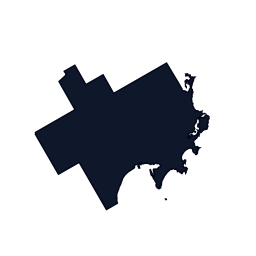 outline of Streaky Bay, South Australia, Australia, rotated 240°
{"feature_id": "25037944B67387382130548", "entity_name": "Streaky Bay", "entity_type": "district", "adm_level": 2, "iso_a3": "AUS", "parent_name": "Australia", "parent_adm1": "South Australia", "projection": "albers", "projection_center": [134.306, -32.738], "detail": "fine", "context": "isolated", "style": "filled", "palette": "ink", "viewbox_px": 256, "rotation_deg": 240, "n_neighbors": 0, "source": "geoboundaries", "source_scale": "gbopen_adm2", "svg_char_len": 5796}
<svg xmlns="http://www.w3.org/2000/svg" viewBox="0 0 256 256"><g transform="rotate(240 128 128)"><path d="M68.2,81.2L70.5,81.8L73.6,83.7L74.2,83.6L77.1,85.9L80.4,90.0L81.4,90.7L82.5,92.8L87.1,98.2L88.8,101.5L89.9,105.7L90.3,113.1L90.7,114.0L91.9,114.5L92.4,115.4L92.4,116.0L92.0,117.4L91.1,118.3L91.0,119.6L91.6,119.4L91.8,120.1L91.4,121.6L90.7,121.7L90.5,122.7L89.8,122.7L89.4,123.2L89.3,124.1L88.7,125.6L87.3,127.8L85.0,129.5L85.0,131.1L83.7,131.9L83.6,132.2L83.9,133.6L83.8,134.7L83.3,135.3L82.5,135.3L82.4,136.4L81.1,137.2L79.4,137.5L78.9,137.3L78.4,136.5L78.5,134.6L77.9,133.4L78.0,132.4L79.0,130.8L78.8,130.3L79.5,129.7L79.4,129.3L79.2,129.2L79.2,129.7L78.5,129.7L77.9,129.1L77.9,128.8L78.4,129.2L77.9,128.5L77.0,128.7L76.2,128.2L76.1,128.5L75.7,128.3L76.1,128.1L74.5,127.7L73.1,126.3L72.8,125.6L73.7,126.0L74.9,125.7L75.4,125.9L75.1,126.1L76.2,126.3L77.1,126.1L76.2,126.0L77.3,125.5L77.2,125.9L77.4,126.0L81.4,126.7L80.4,126.3L80.0,125.8L77.0,125.3L76.8,124.9L75.8,124.6L73.5,125.2L71.5,124.8L68.5,125.3L68.3,124.9L66.5,125.1L65.6,124.8L65.0,124.0L64.1,123.6L62.9,123.2L62.2,123.8L61.5,123.6L61.5,123.9L60.6,124.2L60.8,124.3L60.4,124.5L60.6,124.9L60.0,125.3L60.4,125.7L60.2,126.1L60.8,126.0L60.6,126.6L61.4,126.8L61.3,127.3L61.8,127.7L61.8,128.2L63.0,128.7L62.9,129.0L64.3,129.9L65.2,130.9L68.3,135.6L70.2,140.2L70.3,141.5L70.9,143.3L70.9,144.6L70.7,145.1L70.3,145.2L70.2,146.9L70.0,147.3L69.1,147.7L67.9,149.3L66.0,149.5L65.5,149.1L65.2,149.4L65.5,150.5L65.0,151.0L64.5,151.1L64.0,150.8L61.6,151.9L61.7,152.3L62.3,152.5L62.7,153.8L62.6,154.4L62.3,154.6L62.2,155.5L61.5,156.1L60.2,155.5L60.6,156.3L61.8,156.7L61.9,157.3L63.0,157.6L63.0,158.0L62.6,158.3L63.0,158.9L63.4,158.6L64.4,158.8L64.7,158.2L65.2,158.0L65.2,157.5L66.5,156.5L68.2,156.9L69.6,158.8L69.7,159.5L68.9,159.8L69.9,160.2L69.9,160.5L70.3,160.4L70.5,161.3L71.3,161.8L71.9,161.2L71.8,160.8L71.4,160.9L71.1,160.5L71.5,159.3L72.0,158.9L73.5,158.5L76.3,159.6L77.9,161.4L79.6,164.9L80.1,167.1L80.1,170.1L79.6,171.9L78.0,173.5L74.9,172.5L74.1,172.9L73.7,172.8L72.8,173.5L71.2,173.5L70.9,173.9L71.0,174.2L71.6,174.6L71.4,174.9L71.9,175.0L71.8,175.3L72.3,175.2L72.1,175.7L72.6,175.9L72.6,176.2L73.0,176.3L73.2,176.7L73.6,176.7L74.0,177.7L74.4,177.5L74.6,177.7L74.7,178.6L75.2,179.2L75.0,179.4L75.0,180.1L75.7,179.2L75.6,178.7L76.0,178.6L76.7,179.0L77.3,178.7L77.5,178.2L77.1,177.7L78.3,176.7L79.8,176.8L80.7,177.4L82.1,177.6L82.6,177.4L83.7,178.1L84.5,179.3L84.5,180.5L84.9,180.7L85.2,181.3L84.8,182.1L85.1,182.5L85.1,183.0L85.7,183.4L86.1,184.0L86.0,184.7L86.3,184.8L85.9,185.3L86.4,185.3L86.3,185.7L86.8,185.8L86.7,186.4L87.5,186.4L87.9,187.1L88.0,188.6L87.6,189.1L88.3,191.0L88.6,193.7L88.2,194.1L88.4,194.4L88.2,194.9L87.8,195.1L87.7,196.0L88.5,196.6L89.3,197.8L90.1,197.7L90.2,198.1L90.6,197.9L91.5,198.5L92.0,199.4L92.5,199.9L92.9,199.8L92.9,200.2L95.5,201.6L95.7,201.9L95.4,202.4L95.5,202.8L96.6,203.0L97.1,203.7L98.1,203.5L100.2,202.2L99.8,200.5L99.4,200.1L99.3,199.2L99.7,198.1L99.4,197.6L100.4,196.8L100.1,196.8L99.4,197.4L99.5,197.1L101.2,195.7L101.2,195.3L100.2,193.8L99.7,194.0L98.4,193.5L96.8,192.6L96.4,191.9L95.5,191.5L96.2,190.4L95.6,190.1L95.8,190.4L95.5,190.4L94.9,189.3L93.9,189.5L92.1,190.4L90.3,188.6L90.4,187.9L91.0,187.4L90.4,187.5L88.5,185.4L88.1,184.6L87.8,182.9L88.0,180.8L88.8,180.3L89.5,180.4L89.6,180.0L90.4,179.7L90.7,179.2L89.9,179.0L89.3,177.9L90.2,176.9L89.4,176.5L88.7,176.9L88.2,176.2L88.8,175.5L89.5,175.4L89.8,175.0L90.5,175.0L91.0,175.6L91.1,176.7L90.6,177.1L90.6,177.4L91.6,177.2L92.3,177.5L93.1,179.0L93.1,179.8L92.3,180.1L91.8,180.8L92.3,182.7L92.2,183.4L93.1,184.1L94.2,185.5L96.5,185.8L97.8,187.1L98.6,189.4L99.7,190.7L101.2,191.5L102.6,199.8L104.9,199.4L105.4,200.1L105.4,199.6L105.8,199.4L105.5,198.7L105.8,198.2L107.1,197.3L107.9,197.1L109.1,195.4L111.7,194.8L113.5,195.1L113.9,194.7L116.2,195.8L116.8,196.4L117.8,196.1L120.1,196.8L120.3,197.2L120.7,197.1L121.6,197.5L122.6,198.5L122.7,198.9L124.3,199.8L124.9,199.7L125.4,200.1L125.4,200.7L125.7,200.5L125.8,200.8L126.4,200.7L126.9,201.2L126.7,201.7L127.1,201.7L127.2,202.2L127.8,202.0L127.8,202.3L129.1,202.6L129.3,202.9L130.1,202.5L130.8,202.5L131.3,203.1L131.9,203.2L132.8,204.5L133.9,204.4L133.9,204.9L134.3,205.0L134.0,205.7L134.9,206.1L135.2,206.7L135.7,206.7L135.7,207.2L136.0,207.2L135.9,207.5L136.2,207.5L137.0,208.4L136.8,208.7L137.6,209.3L138.4,210.4L138.6,211.3L139.2,210.4L139.2,209.4L140.0,209.2L140.3,208.6L140.0,208.2L140.2,207.9L141.6,207.7L142.7,208.3L143.1,207.9L143.2,207.3L143.0,207.0L141.7,207.1L141.6,206.9L141.9,206.8L141.7,206.7L140.2,207.4L139.3,206.9L138.7,206.2L138.8,205.5L137.7,203.4L138.4,203.0L139.4,203.7L140.6,203.0L141.0,203.1L140.4,202.8L140.1,202.3L140.1,201.1L139.6,200.7L139.2,202.1L137.8,203.1L136.3,202.1L135.3,203.4L134.2,203.3L131.2,202.1L130.8,201.5L131.0,200.9L130.3,200.3L128.9,198.3L128.7,197.5L131.5,195.9L132.9,194.0L133.8,193.8L134.6,194.2L142.5,194.2L164.9,193.8L165.1,132.8L186.5,133.0L186.6,113.2L208.9,113.3L209.0,101.2L208.2,101.1L206.7,101.6L206.0,101.1L204.8,101.0L202.7,91.5L170.3,91.3L170.4,45.7L169.8,45.6L168.9,44.7L122.8,44.7L122.7,68.6L68.2,68.6L68.2,81.2ZM143.6,206.2L143.8,206.6L145.0,206.7L145.3,206.1L145.0,206.3L145.4,206.0L145.7,205.2L145.5,205.4L145.2,204.5L144.2,204.3L144.5,205.3L143.8,205.4L143.5,206.0L143.5,205.5L143.5,205.8L143.6,206.2ZM89.8,117.9L89.6,117.4L89.0,117.7L87.8,117.4L87.6,118.1L88.8,118.3L89.1,118.7L90.0,118.6L90.4,118.3L89.8,117.9ZM135.2,198.7L134.4,198.9L134.8,199.1L135.8,199.0L135.2,198.7ZM90.7,184.4L91.2,184.6L91.3,183.9L90.8,184.0L90.7,184.4ZM47.0,125.4L47.4,125.5L47.7,125.0L47.2,124.9L47.0,125.4ZM137.6,200.4L137.8,201.0L138.3,201.0L138.0,200.4L137.6,200.4ZM102.0,201.7L102.5,201.4L102.5,200.9L102.2,201.1L102.0,201.7ZM89.9,121.0L90.1,121.0L90.5,120.8L90.1,120.6L89.9,121.0Z" fill="#0f172a" stroke="#020617" stroke-width="1.5"/></g></svg>